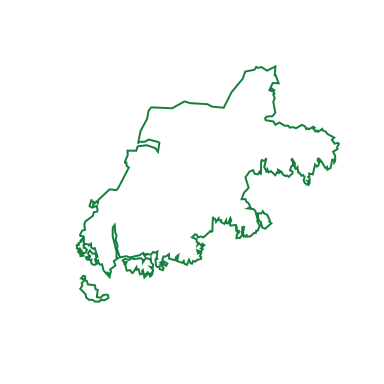 Fredrikstad nor, Østfold, Norway (Natural Earth projection), rotated 312°
{"feature_id": "86288312B4137874429707", "entity_name": "Fredrikstad nor", "entity_type": "district", "adm_level": 2, "iso_a3": "NOR", "parent_name": "Norway", "parent_adm1": "Østfold", "projection": "natural_earth1", "projection_center": [10.867, 59.223], "detail": "fine", "context": "isolated", "style": "outline", "palette": "green", "viewbox_px": 384, "rotation_deg": 312, "n_neighbors": 0, "source": "geoboundaries", "source_scale": "gbopen_adm2", "svg_char_len": 6028}
<svg xmlns="http://www.w3.org/2000/svg" viewBox="0 0 384 384"><g transform="rotate(312 192 192)"><path d="M306.6,200.9L313.4,192.1L317.0,190.7L318.9,187.1L320.2,187.5L321.1,185.5L322.7,185.2L322.3,181.8L320.4,183.8L319.5,181.4L327.0,179.1L330.8,183.6L334.8,175.9L334.1,175.4L341.1,170.0L332.4,166.6L331.3,160.1L328.2,157.8L327.9,156.1L324.6,156.6L317.2,151.0L310.1,153.9L292.6,154.6L275.9,159.2L268.9,149.9L267.5,144.6L256.9,131.3L254.2,125.8L240.9,121.2L227.7,105.1L223.4,105.3L216.5,109.6L202.8,113.0L191.8,119.5L193.8,119.1L197.9,123.4L202.0,124.7L206.4,133.1L206.7,134.9L199.1,139.8L200.1,135.4L196.5,127.1L189.6,121.1L185.3,122.9L179.6,116.4L176.2,119.7L169.8,121.8L169.0,122.7L170.0,123.5L167.6,126.0L168.0,128.7L146.0,134.4L142.8,134.6L138.9,129.0L123.7,127.7L120.7,129.4L121.1,127.4L116.1,127.2L118.9,125.4L117.9,123.8L119.3,122.3L112.9,125.3L113.6,128.3L118.0,130.5L115.5,133.8L114.0,134.6L111.3,132.6L107.9,134.3L98.6,132.4L95.4,134.0L92.4,137.8L89.8,136.3L85.5,137.3L84.6,138.5L86.3,140.6L86.1,142.0L82.4,145.1L81.7,147.2L80.7,146.6L83.6,144.0L82.7,142.8L83.8,141.7L81.3,141.7L80.8,142.8L77.8,141.9L77.2,143.2L74.8,141.4L75.4,142.7L73.2,144.0L73.1,147.0L71.3,147.4L71.3,150.0L69.7,152.1L71.9,153.8L71.8,151.7L73.2,149.5L72.4,148.8L75.2,145.5L73.6,152.5L76.1,153.6L78.8,152.5L78.9,149.2L78.1,148.8L79.6,147.3L81.7,147.3L83.8,150.1L83.4,151.0L86.0,151.6L83.3,154.3L83.7,156.7L85.2,157.3L80.6,165.2L79.3,164.6L81.8,161.5L79.7,159.4L80.2,155.2L76.9,155.8L75.9,157.9L76.4,159.0L75.4,159.7L73.5,159.7L74.1,157.9L72.6,156.9L71.5,158.5L71.9,159.9L73.7,159.7L73.0,161.2L74.5,162.5L72.3,163.8L71.5,166.0L72.6,168.4L74.7,169.2L76.8,165.2L78.4,164.8L76.9,167.9L78.2,168.0L76.8,170.0L75.6,169.4L76.9,170.2L76.4,172.2L78.1,173.5L74.5,178.7L73.6,187.7L75.4,186.7L74.1,185.1L75.8,182.3L75.4,183.9L76.8,185.8L78.5,185.2L79.6,183.0L86.1,184.3L88.4,180.1L93.2,181.3L92.9,179.5L96.6,176.6L106.1,162.6L112.7,156.8L115.8,156.6L110.5,162.1L109.4,164.8L105.3,167.4L102.0,172.9L99.6,174.3L95.1,182.1L100.3,186.1L101.8,189.6L109.7,195.2L114.1,196.6L113.4,198.0L114.4,198.8L113.0,198.8L112.8,200.0L115.4,199.8L118.1,203.4L121.3,203.2L122.3,205.3L124.6,206.1L119.5,209.7L119.1,211.8L118.8,210.0L117.5,209.9L113.5,214.1L113.0,216.3L114.4,217.7L113.1,219.6L114.4,222.7L116.6,221.8L116.5,217.5L119.6,219.9L119.7,222.2L122.3,221.6L121.9,218.9L119.4,217.7L118.6,218.5L118.2,215.7L121.7,216.7L122.3,214.9L125.1,214.0L126.2,215.6L130.4,216.6L127.2,219.5L129.9,225.1L133.4,223.6L135.9,224.1L130.7,227.1L132.9,232.2L135.2,232.0L133.6,234.2L134.4,237.0L139.6,235.1L138.0,238.6L138.8,240.0L141.5,239.0L142.6,241.2L144.7,241.1L148.1,243.4L149.7,242.6L149.6,240.9L152.9,239.6L152.8,238.5L150.4,237.6L152.2,234.9L153.6,238.5L156.7,238.2L156.1,236.4L160.7,236.7L160.5,234.4L158.3,235.3L158.6,231.7L156.3,231.6L158.5,230.4L158.1,228.7L160.0,227.0L158.3,222.3L162.7,222.6L163.3,224.1L162.3,226.8L165.0,228.4L165.8,230.9L175.3,231.8L175.3,233.0L176.5,233.3L187.6,224.1L186.8,225.1L187.4,227.2L185.8,229.9L190.3,229.4L189.1,230.9L190.6,232.6L189.1,233.6L190.0,237.4L193.6,236.4L191.8,238.2L192.6,239.8L198.3,237.9L197.1,240.3L194.3,240.9L192.7,243.1L196.9,246.7L193.8,249.9L194.7,249.8L193.5,250.9L194.3,252.4L192.9,252.4L193.8,254.0L190.4,253.9L186.6,256.4L188.2,255.8L189.6,258.3L192.8,258.1L192.4,258.8L200.3,252.4L199.6,253.9L200.6,254.2L194.1,258.5L194.7,259.1L193.6,260.4L196.3,261.5L195.2,262.2L197.8,265.0L203.1,265.5L204.1,266.9L206.9,265.2L206.2,266.3L207.5,266.6L212.3,265.0L214.0,259.9L215.1,259.7L220.4,251.5L220.4,249.1L217.1,244.4L219.8,245.6L221.6,241.1L221.1,239.0L222.5,236.5L219.8,233.7L226.4,231.1L233.0,231.3L238.6,221.9L245.8,221.1L249.1,222.8L247.5,226.4L249.1,229.1L252.2,228.6L251.1,231.6L260.9,223.0L262.6,222.6L262.9,224.3L264.5,225.1L267.0,224.6L258.7,229.1L257.7,232.8L256.1,234.3L259.2,232.8L257.9,235.9L260.3,236.6L260.1,242.6L263.4,242.0L264.0,243.5L266.1,241.1L266.7,243.6L265.6,244.4L266.9,245.3L265.8,247.9L266.4,250.8L267.9,251.6L267.9,253.7L272.9,254.3L274.4,253.0L273.7,250.3L277.8,248.6L279.1,249.5L281.5,247.4L282.6,244.3L283.6,244.4L282.2,249.2L278.8,252.2L278.6,253.8L281.0,253.8L277.5,257.9L278.3,258.8L277.3,262.5L278.9,263.2L278.5,265.6L275.4,267.1L274.3,269.5L274.4,272.4L276.2,272.4L275.6,273.7L277.5,273.3L277.6,270.3L279.0,272.0L281.0,269.9L281.0,268.3L282.2,268.7L284.1,266.8L285.9,270.0L294.8,265.1L294.5,267.9L296.5,268.1L298.7,266.9L299.7,263.9L301.4,263.4L301.9,264.6L300.5,266.9L301.5,267.1L299.0,275.1L301.0,275.6L299.1,277.7L302.7,278.9L309.8,274.6L311.1,276.0L309.1,277.9L310.7,277.7L314.6,274.3L316.4,269.9L321.3,271.4L322.4,269.8L326.1,269.0L326.0,267.5L323.4,265.7L324.3,261.1L327.6,261.3L325.7,253.8L326.4,251.2L325.2,247.8L326.0,246.5L321.5,245.6L320.0,243.6L321.0,243.6L319.9,242.2L320.1,240.0L321.8,240.1L321.7,238.5L316.9,236.9L316.7,235.3L315.2,234.9L316.4,232.1L315.4,228.7L309.1,226.7L307.7,223.5L305.3,221.6L305.6,219.2L303.2,216.3L302.1,210.5L297.8,209.0L298.9,205.3L294.7,198.8L295.5,197.1L297.8,196.9L302.3,201.1L306.6,200.9ZM97.5,187.1L94.8,186.2L94.0,189.2L92.5,190.5L95.0,189.1L96.1,190.3L93.0,191.4L89.9,196.2L92.6,198.4L91.6,201.3L92.4,202.2L98.8,201.1L97.1,202.9L98.9,203.9L96.0,208.5L98.2,209.8L99.9,207.8L101.1,207.8L96.6,213.8L98.7,213.9L97.6,212.8L98.7,211.5L101.0,213.0L103.3,212.4L101.1,214.4L102.8,215.1L101.7,216.7L104.1,216.2L102.9,217.6L104.3,217.4L108.0,215.4L108.5,211.2L109.6,213.4L112.0,211.7L112.3,208.8L115.1,205.7L113.9,206.0L112.1,201.9L107.0,202.5L108.9,200.9L108.6,198.2L103.2,193.8L102.8,191.7L99.3,190.6L97.5,187.1ZM56.9,167.3L53.5,167.4L54.6,169.4L53.7,171.2L50.4,171.0L49.0,173.1L45.3,173.7L44.8,181.4L42.9,183.7L42.9,187.5L45.3,190.2L45.7,193.3L48.7,196.6L50.7,196.3L52.9,199.4L57.2,200.8L59.1,198.8L58.7,197.2L56.1,195.0L52.4,194.9L50.2,191.6L56.1,187.5L55.2,185.5L57.7,182.2L53.7,176.5L55.6,173.1L54.6,171.5L57.8,169.3L56.9,167.3ZM222.4,257.8L220.2,255.2L216.9,258.7L215.4,261.2L215.9,263.0L212.6,268.0L213.8,271.0L221.9,271.9L221.8,269.2L222.9,269.0L225.4,263.0L224.4,260.3L225.1,257.5L222.4,257.8Z" fill="none" stroke="#15803d" stroke-width="2"/></g></svg>